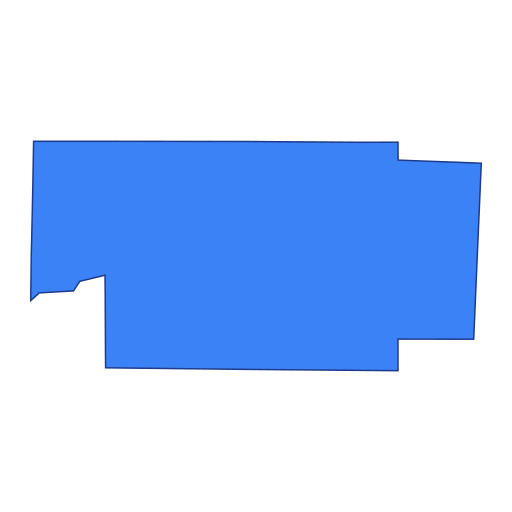 Summit, Ohio, United States of America (Equal Earth projection), rotated 270°
{"feature_id": "52423323B73320668116479", "entity_name": "Summit", "entity_type": "district", "adm_level": 2, "iso_a3": "USA", "parent_name": "United States of America", "parent_adm1": "Ohio", "projection": "equal_earth", "projection_center": [-81.526, 41.129], "detail": "fine", "context": "isolated", "style": "filled", "palette": "blue", "viewbox_px": 512, "rotation_deg": 270, "n_neighbors": 0, "source": "geoboundaries", "source_scale": "gbopen_adm2", "svg_char_len": 487}
<svg xmlns="http://www.w3.org/2000/svg" viewBox="0 0 512 512"><g transform="rotate(270 256 256)"><path d="M172.8,473.7L258.9,477.4L348.8,481.3L351.9,398.1L369.8,398.0L369.7,360.6L369.8,345.2L370.0,319.3L370.2,284.6L370.5,248.8L370.7,106.1L370.7,33.6L325.5,32.8L273.5,31.7L259.0,31.3L211.4,30.7L219.1,39.3L221.1,73.5L230.7,79.8L236.8,105.0L217.2,105.2L155.4,105.5L144.2,105.6L142.6,248.6L141.3,398.0L172.9,398.0L172.8,473.7Z" fill="#3b82f6" stroke="#1e3a8a" stroke-width="1.5"/></g></svg>